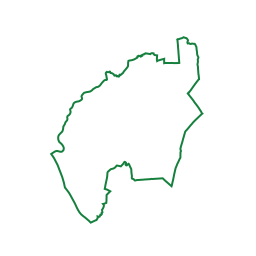 Cang Long, Trà Vinh, Vietnam, rotated 192°
{"feature_id": "81297802B14177599577280", "entity_name": "Cang Long", "entity_type": "district", "adm_level": 2, "iso_a3": "VNM", "parent_name": "Vietnam", "parent_adm1": "Trà Vinh", "projection": "equal_earth", "projection_center": [106.203, 9.971], "detail": "fine", "context": "isolated", "style": "outline", "palette": "green", "viewbox_px": 256, "rotation_deg": 192, "n_neighbors": 0, "source": "geoboundaries", "source_scale": "gbopen_adm2", "svg_char_len": 5724}
<svg xmlns="http://www.w3.org/2000/svg" viewBox="0 0 256 256"><g transform="rotate(192 128 128)"><path d="M177.3,56.6L176.8,56.3L172.2,52.3L170.4,50.3L164.2,43.1L161.3,39.2L159.8,37.4L158.0,35.5L155.9,33.8L153.5,32.5L152.7,32.1L151.7,31.7L146.9,29.1L144.8,27.7L140.3,31.1L139.8,31.3L139.6,31.7L139.4,32.1L138.9,33.9L139.1,34.2L139.4,35.2L138.6,35.1L137.7,35.2L137.4,35.3L137.3,35.6L137.1,36.6L137.0,37.4L136.1,37.5L135.7,38.5L136.2,39.3L135.5,40.2L136.4,42.5L135.7,44.3L135.5,45.3L135.4,46.8L135.6,47.5L135.7,47.8L136.6,48.5L135.9,48.8L133.7,50.2L133.9,52.2L135.0,58.0L134.7,58.6L132.2,62.4L135.3,63.3L135.8,63.4L138.1,63.6L138.1,65.3L138.2,67.4L138.2,74.3L138.3,76.6L138.5,77.9L138.8,80.0L138.7,80.6L138.5,81.1L136.6,83.7L136.1,84.2L133.9,85.3L133.3,85.8L132.7,86.4L132.3,86.9L131.4,88.6L131.3,88.8L131.2,88.9L131.0,89.0L127.0,89.0L125.2,92.0L124.7,93.6L124.3,94.1L124.2,94.2L123.9,94.2L123.4,93.9L122.8,93.7L122.7,93.6L122.6,92.6L122.7,92.3L122.8,91.7L122.7,91.6L122.5,91.4L122.2,91.2L121.6,91.1L121.4,91.2L120.9,92.0L120.3,92.9L120.1,93.1L119.5,92.8L117.6,90.1L116.7,89.1L116.3,88.5L116.1,88.0L115.7,86.3L115.4,85.2L114.6,83.0L114.2,81.9L114.0,80.4L113.8,79.8L113.7,79.5L113.5,79.4L113.4,79.3L112.1,79.2L111.8,79.1L110.7,78.2L110.4,78.1L110.2,78.1L109.0,78.7L108.3,79.0L107.8,79.1L102.2,80.7L100.3,81.3L98.4,81.8L96.7,82.3L95.3,82.7L94.9,82.9L94.5,83.1L93.5,83.2L83.6,86.0L81.0,84.4L73.3,80.1L73.2,81.0L73.2,83.4L73.1,87.2L73.2,92.2L73.1,98.5L73.0,99.1L72.7,100.6L72.4,102.6L72.1,103.9L71.7,105.4L71.1,108.1L70.9,108.9L70.6,109.7L70.6,109.9L71.2,113.0L71.4,114.0L71.6,115.1L71.6,115.6L71.4,116.2L71.4,116.4L71.5,116.7L72.1,117.7L72.3,118.1L72.4,118.4L72.4,118.8L72.4,120.6L72.1,124.3L72.0,125.1L71.9,127.3L71.8,129.2L71.7,130.4L71.6,131.7L71.3,136.1L71.1,136.7L70.8,137.3L69.9,138.7L68.9,140.6L67.7,142.9L67.3,143.7L66.6,144.8L65.6,146.8L64.1,149.2L58.9,156.8L58.7,157.1L58.3,157.5L58.8,157.8L60.1,159.4L63.7,163.0L65.4,164.5L67.4,166.2L69.0,167.6L69.3,168.0L70.9,169.4L76.7,174.2L76.3,175.0L76.0,174.8L75.0,177.1L74.8,177.3L72.9,181.8L71.4,185.2L68.9,190.4L68.7,190.5L69.0,191.7L69.4,192.8L69.8,194.2L70.0,194.6L70.4,195.6L71.3,198.8L71.8,200.4L72.3,202.5L73.1,204.1L73.2,204.4L73.3,205.4L73.3,206.3L73.4,207.0L73.4,207.7L74.0,209.4L74.0,209.6L73.8,210.9L73.8,211.6L73.9,211.9L75.1,213.4L75.5,214.0L75.9,215.2L76.2,216.4L76.5,217.2L77.3,219.3L77.9,221.4L78.6,222.2L79.0,222.9L79.7,223.7L80.3,224.2L81.1,224.0L82.9,223.9L83.2,223.8L83.7,223.4L84.2,223.2L84.5,223.2L84.9,223.2L85.9,223.6L86.1,223.5L87.1,223.1L87.6,223.7L87.6,223.9L87.7,224.3L87.7,225.0L87.6,225.5L87.5,225.8L87.5,226.1L87.7,226.5L87.9,226.7L88.6,227.4L89.3,227.9L89.7,227.9L89.9,228.1L91.2,228.1L92.2,228.3L92.6,228.3L93.3,227.5L93.7,227.2L95.7,226.2L96.8,225.4L97.3,225.4L97.7,225.3L98.2,224.8L98.0,224.4L97.7,223.6L96.5,219.8L96.1,218.5L96.1,218.2L94.7,213.7L94.0,211.1L93.6,209.9L92.7,206.8L92.2,205.2L91.4,202.3L93.1,201.8L96.2,201.1L98.8,200.7L105.1,199.3L106.1,198.9L106.6,201.2L106.7,201.5L107.0,203.2L109.9,201.7L112.5,200.3L113.4,199.5L113.9,200.7L114.1,201.4L114.6,205.1L115.9,205.0L117.1,204.9L117.7,205.3L118.0,205.4L118.2,205.6L118.4,205.8L118.5,206.3L119.3,206.3L119.9,206.2L120.3,206.1L120.8,205.8L121.5,205.2L121.6,204.9L122.4,204.9L126.4,204.7L126.5,204.6L126.5,204.3L127.5,203.9L127.7,203.3L129.1,202.6L129.3,202.4L129.1,201.6L130.0,200.8L130.2,201.6L132.2,200.5L132.7,200.2L132.7,200.3L133.2,200.0L133.3,200.3L133.7,199.9L133.6,198.7L136.2,196.4L138.0,195.3L139.2,194.8L140.2,194.5L141.5,193.8L141.5,192.2L140.9,188.9L140.9,188.4L141.2,187.4L141.6,186.5L141.9,186.0L142.4,185.0L142.9,184.1L143.6,182.8L144.1,181.6L144.3,180.9L144.5,180.5L145.1,180.0L145.3,179.5L145.8,179.0L146.0,178.6L146.2,178.4L146.3,178.3L146.5,178.3L147.1,178.5L147.3,178.4L147.4,178.0L147.4,177.7L147.3,176.8L147.4,176.6L147.9,176.3L148.6,176.5L148.9,176.7L149.0,176.7L149.5,176.2L149.9,176.2L150.5,177.0L150.8,177.1L151.3,176.8L151.6,176.7L151.8,176.5L152.1,176.4L152.3,176.5L152.8,177.1L153.0,177.4L153.5,177.7L154.5,178.1L154.9,178.2L155.7,178.3L156.5,178.2L156.7,178.4L156.9,178.5L157.1,179.0L157.2,179.3L157.4,179.4L157.6,179.4L158.1,178.9L158.9,178.5L159.3,178.4L159.8,178.4L160.3,178.5L160.4,178.3L160.8,177.9L161.1,177.3L161.1,177.0L161.1,176.7L160.6,175.7L160.3,175.1L159.7,173.9L159.6,173.4L159.1,172.2L158.8,171.6L158.7,171.2L158.7,170.9L159.1,170.5L160.0,170.4L160.3,170.2L160.8,169.9L161.2,169.5L162.1,168.1L163.1,166.3L163.9,164.5L164.2,163.9L164.9,163.0L165.3,162.5L165.8,162.1L166.3,161.8L167.4,161.4L167.7,161.2L170.4,158.6L170.9,157.6L172.1,156.3L172.7,155.8L173.3,155.5L174.3,155.1L175.9,154.5L177.9,153.5L178.3,153.2L178.6,152.8L179.4,151.3L179.9,150.3L180.0,149.6L180.0,149.1L179.2,147.7L179.1,147.1L179.1,146.4L179.4,146.0L179.8,145.5L180.7,144.6L181.6,143.9L182.9,143.4L184.2,142.8L185.0,142.3L185.8,141.5L186.1,141.1L186.3,140.7L186.5,139.3L186.7,137.6L186.8,137.1L186.9,136.8L187.1,136.3L187.4,135.8L188.1,135.0L188.4,134.5L188.5,134.3L188.4,133.9L188.3,133.6L187.5,131.9L187.5,131.4L187.6,130.1L187.8,129.5L188.2,128.8L188.4,128.4L189.3,127.5L189.6,127.0L189.7,126.7L189.7,125.9L189.1,124.2L189.1,123.2L189.2,122.9L189.4,122.3L189.9,121.5L190.3,120.7L190.4,120.3L190.5,119.4L190.6,118.6L191.3,116.6L191.5,116.1L191.5,115.6L191.4,115.0L191.3,113.3L191.3,112.5L191.4,111.6L191.7,110.6L193.0,108.7L194.0,107.0L194.4,105.6L194.4,104.9L194.3,104.0L193.7,102.0L192.9,100.8L192.5,100.2L192.2,100.0L190.6,99.1L189.3,98.3L188.2,97.3L187.5,96.5L187.0,95.8L186.6,94.9L186.5,94.2L186.5,93.3L186.6,92.8L187.0,92.1L187.3,91.6L188.0,91.0L188.9,90.8L189.4,90.7L191.8,90.8L192.8,90.8L193.4,90.5L194.2,90.1L195.1,89.3L196.9,87.5L197.7,86.6L194.3,83.4L189.2,77.2L182.1,66.3L179.2,60.9L177.3,56.6Z" fill="none" stroke="#15803d" stroke-width="2"/></g></svg>